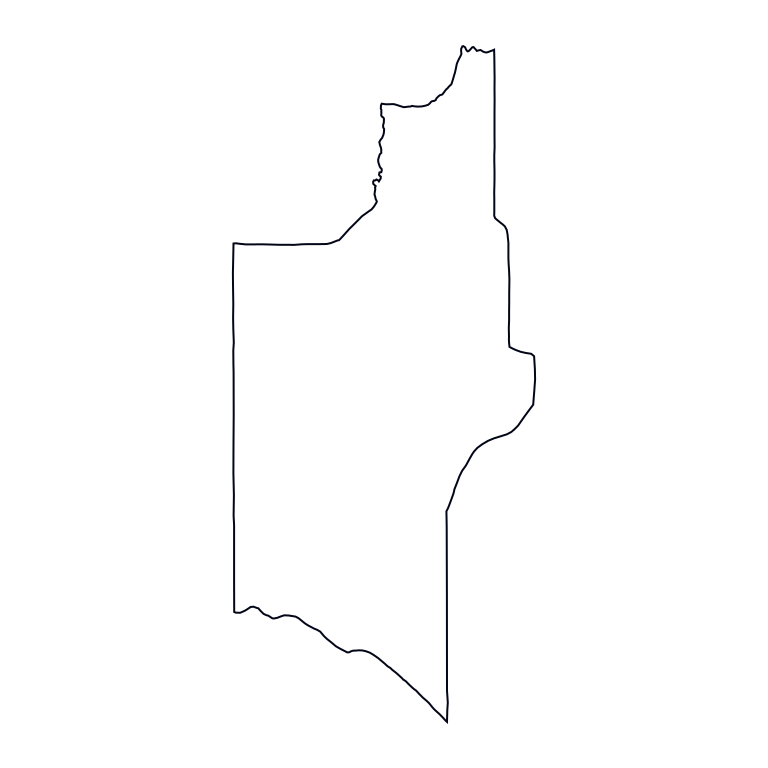 Prasat Bakong, Siemréab, Cambodia
{"feature_id": "14789045B83000183450022", "entity_name": "Prasat Bakong", "entity_type": "district", "adm_level": 2, "iso_a3": "KHM", "parent_name": "Cambodia", "parent_adm1": "Siemréab", "projection": "equal_earth", "projection_center": [104.001, 13.307], "detail": "fine", "context": "isolated", "style": "outline", "palette": "ink", "viewbox_px": 768, "rotation_deg": 0, "n_neighbors": 0, "source": "geoboundaries", "source_scale": "gbopen_adm2", "svg_char_len": 4264}
<svg xmlns="http://www.w3.org/2000/svg" viewBox="0 0 768 768"><path d="M381.7,103.7L381.0,105.4L380.8,108.5L381.4,109.9L381.3,111.3L381.4,112.9L381.2,115.3L381.9,116.6L383.4,117.6L384.0,118.9L383.8,122.7L383.1,125.1L383.2,127.5L384.1,128.9L384.0,131.8L383.5,134.5L382.1,138.0L380.9,139.3L380.0,140.8L379.3,142.1L380.0,145.1L380.9,147.6L381.3,149.6L381.2,150.9L381.3,152.9L380.0,154.1L379.4,155.4L378.6,158.1L378.2,159.3L378.2,161.2L378.4,162.4L378.9,164.0L379.8,166.7L380.7,168.0L381.5,168.7L381.8,170.4L381.3,172.2L379.5,172.4L379.0,174.8L379.9,176.0L380.8,176.6L380.7,178.5L380.0,179.6L378.9,181.4L378.2,180.4L376.4,179.5L375.4,180.4L373.8,180.4L373.1,182.0L373.3,183.9L374.7,185.2L375.7,186.1L375.0,187.4L375.3,189.0L374.8,191.9L374.5,194.5L375.1,196.3L375.6,198.8L376.8,201.3L376.5,202.5L375.2,204.6L373.8,206.8L371.6,209.4L368.7,211.4L365.5,213.7L362.0,216.2L359.1,219.2L355.6,222.7L352.6,225.7L349.7,228.5L345.4,233.3L342.8,236.2L340.1,239.1L339.0,240.2L337.7,240.4L335.4,241.3L330.7,243.1L326.8,244.0L320.7,244.1L314.7,244.1L307.9,244.1L301.6,244.3L294.1,244.9L288.9,244.8L279.4,244.8L272.7,244.6L265.8,244.4L260.5,244.3L253.4,244.4L245.9,244.4L239.7,243.8L236.1,243.3L233.5,243.5L233.3,254.4L233.0,268.6L232.9,272.5L233.0,284.3L233.3,304.2L233.1,318.1L233.3,329.0L233.8,342.6L233.3,350.6L233.4,362.9L233.6,372.7L233.7,415.9L233.5,444.2L233.4,473.3L233.9,495.2L233.6,515.7L234.1,525.5L234.1,581.9L234.2,612.0L235.6,612.6L240.1,612.8L242.7,611.7L245.3,610.5L248.4,608.5L250.6,607.0L253.4,606.7L256.8,607.9L258.3,608.3L260.6,610.9L263.5,613.8L266.1,615.1L268.4,615.7L272.3,618.3L273.9,618.5L277.3,617.8L280.9,616.4L283.3,615.6L284.5,615.3L288.6,615.5L292.5,616.1L295.6,616.6L298.7,618.3L301.4,620.5L304.7,623.2L307.7,625.2L311.1,627.0L314.5,628.8L316.9,629.7L320.2,631.6L323.8,635.9L326.9,638.9L330.1,641.4L333.0,643.8L335.8,646.2L339.4,648.3L343.2,650.3L345.4,651.4L347.2,652.4L349.5,652.2L351.2,651.2L353.0,650.7L355.5,650.6L359.2,650.3L362.7,650.5L366.4,651.4L369.9,652.7L373.4,654.8L376.3,656.8L378.3,658.2L381.7,661.1L384.7,663.6L387.5,666.2L390.5,668.1L392.1,669.7L394.5,671.6L395.7,672.5L397.9,674.4L399.5,675.9L401.2,677.4L402.5,678.7L403.2,679.6L404.2,680.1L406.1,681.5L407.8,683.3L409.5,685.0L412.6,687.9L414.4,689.4L415.8,690.3L417.9,692.5L419.5,694.3L420.8,695.5L422.4,697.2L424.0,698.6L426.6,700.8L429.1,703.2L430.9,705.4L432.3,707.2L434.3,709.4L436.7,711.6L439.4,714.0L442.6,717.3L445.7,720.7L447.0,721.9L447.3,710.1L447.8,702.6L447.0,690.6L446.9,594.4L446.7,527.1L446.5,515.3L446.4,511.3L448.0,508.2L449.5,504.4L451.9,497.9L453.5,493.4L454.5,489.1L457.0,482.8L459.5,476.1L462.2,470.7L466.0,465.4L470.0,458.0L470.9,456.5L472.2,454.2L474.1,451.4L477.4,447.8L482.3,444.2L487.9,440.9L493.8,438.4L500.9,436.2L506.9,434.3L511.1,432.1L514.5,429.2L518.1,425.6L521.5,420.7L524.8,416.0L529.0,410.3L533.2,404.7L533.9,395.7L534.3,390.8L534.5,387.7L535.1,379.7L534.9,369.4L534.1,356.2L531.2,353.8L525.5,352.9L520.7,351.8L515.8,350.0L513.1,348.8L509.5,346.9L509.1,343.1L508.9,339.8L509.0,336.5L508.8,328.1L509.1,320.1L509.1,311.4L509.2,302.4L509.2,293.2L509.3,286.7L509.4,279.2L509.1,271.1L508.7,265.0L508.4,258.5L508.4,251.5L508.4,242.8L507.5,234.1L506.7,229.9L504.8,226.3L502.7,224.4L500.4,222.6L497.8,220.5L495.2,218.3L494.2,215.8L494.3,211.7L494.3,204.5L494.3,198.8L494.2,192.6L494.4,185.0L494.5,178.8L494.5,170.9L494.3,161.3L494.3,154.7L494.6,147.5L494.5,135.7L494.5,124.5L494.5,112.5L494.6,99.7L494.5,88.3L494.6,78.0L494.5,71.4L494.4,62.6L494.3,56.4L494.1,49.7L492.4,50.5L490.5,51.1L488.6,51.9L486.5,52.5L484.6,52.2L483.3,51.7L480.5,50.0L478.9,50.3L476.8,50.9L475.7,49.4L474.4,48.1L473.6,47.1L472.4,47.2L471.6,48.0L470.4,49.4L469.0,50.8L467.9,51.4L466.9,50.8L465.8,49.0L465.2,47.4L463.3,46.1L462.3,46.4L461.2,48.8L461.1,50.8L461.4,53.9L460.5,56.1L459.2,58.5L457.9,61.2L456.8,63.9L455.9,68.4L455.0,72.5L454.0,75.7L453.2,78.6L452.1,82.1L451.4,84.2L448.8,86.7L447.6,88.2L446.0,89.6L444.0,92.3L442.3,94.5L439.9,95.2L438.7,96.1L436.4,98.4L435.8,99.9L434.3,100.9L432.1,101.2L430.9,102.0L430.0,103.2L428.3,104.7L425.7,105.6L424.0,106.0L421.9,106.4L418.7,106.6L416.0,106.5L414.3,106.3L411.9,105.9L410.7,106.5L408.6,106.6L405.6,107.0L403.8,107.2L400.2,106.1L396.3,104.8L393.7,104.1L385.9,104.3L381.7,103.7Z" fill="none" stroke="#020617" stroke-width="2"/></svg>